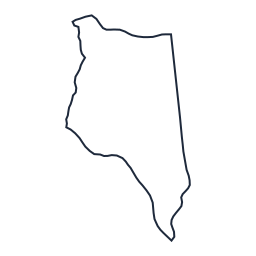 the district of Divisa Alegre, Minas Gerais, Brazil
{"feature_id": "56859067B20750472426089", "entity_name": "Divisa Alegre", "entity_type": "district", "adm_level": 2, "iso_a3": "BRA", "parent_name": "Brazil", "parent_adm1": "Minas Gerais", "projection": "albers", "projection_center": [-41.381, -15.712], "detail": "fine", "context": "isolated", "style": "outline", "palette": "slate", "viewbox_px": 256, "rotation_deg": 0, "n_neighbors": 0, "source": "geoboundaries", "source_scale": "gbopen_adm2", "svg_char_len": 1282}
<svg xmlns="http://www.w3.org/2000/svg" viewBox="0 0 256 256"><path d="M171.0,34.3L166.1,34.3L161.9,34.5L157.6,35.7L152.9,36.9L148.4,37.1L143.2,37.1L137.8,36.5L132.3,35.3L128.8,33.7L124.9,31.5L119.8,29.7L113.8,29.5L110.2,29.7L106.5,29.7L103.0,28.1L100.0,24.2L96.4,18.9L91.7,15.4L85.5,16.7L79.9,18.7L75.7,19.9L72.6,21.8L74.3,25.5L78.4,26.9L79.1,32.5L78.4,36.9L80.3,40.9L80.5,45.7L80.8,49.9L81.9,53.7L85.0,57.7L82.6,61.7L80.8,65.3L79.7,69.3L77.8,72.9L75.5,76.7L74.7,82.3L76.3,88.0L75.7,92.5L73.0,95.4L72.0,100.0L70.7,104.1L69.1,107.4L68.4,111.3L67.8,115.5L66.2,119.3L66.9,123.5L66.3,127.3L70.6,129.5L75.1,133.2L79.5,138.0L82.4,142.4L85.3,146.6L89.7,150.9L94.2,154.1L100.2,154.5L104.0,156.0L107.7,155.9L111.7,155.1L116.8,155.5L122.5,158.1L125.8,161.6L127.9,164.7L130.6,167.9L133.0,172.0L136.3,177.6L139.2,181.7L142.6,185.5L146.5,190.4L150.0,195.5L152.7,202.6L153.6,213.0L154.5,219.0L156.0,222.4L157.7,226.1L160.4,229.8L163.5,233.0L167.5,236.8L171.5,240.6L174.3,236.8L174.0,231.8L172.5,227.8L171.2,224.0L171.6,220.0L173.3,216.4L175.9,213.0L179.2,209.0L181.4,206.1L182.1,202.1L181.2,197.4L182.7,194.1L185.6,191.1L188.1,188.3L189.8,185.0L189.6,180.3L188.7,175.7L186.6,169.8L183.4,151.6L182.7,144.5L181.9,137.4L180.0,117.3L171.0,34.3Z" fill="none" stroke="#1e293b" stroke-width="2"/></svg>